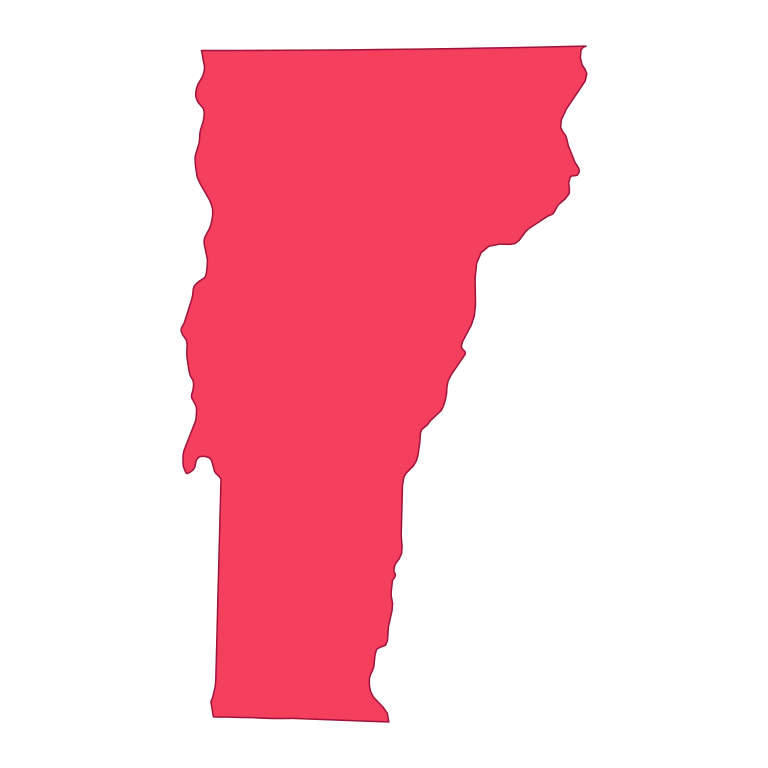 an SVG outline of Vermont
{"feature_id": "USA-3540", "entity_name": "Vermont", "entity_type": "State", "adm_level": 1, "iso_a3": "USA", "parent_name": "United States of America", "parent_adm1": "", "projection": "orthographic", "projection_center": [-72.807, 43.872], "detail": "fine", "context": "isolated", "style": "filled", "palette": "rose", "viewbox_px": 768, "rotation_deg": 0, "n_neighbors": 0, "source": "natural_earth", "source_scale": "10m", "svg_char_len": 3592}
<svg xmlns="http://www.w3.org/2000/svg" viewBox="0 0 768 768"><path d="M201.5,50.5L212.3,50.5L233.1,50.5L253.9,50.4L274.7,50.3L295.6,50.2L316.4,50.1L337.2,50.0L358.0,49.8L378.8,49.5L399.6,49.3L420.4,49.1L441.2,48.8L462.0,48.5L482.8,48.1L503.6,47.8L524.4,47.4L545.2,47.0L565.9,46.5L586.4,46.1L583.1,47.3L581.0,50.2L580.4,57.9L582.1,64.8L585.0,69.2L586.8,73.8L585.1,81.1L576.0,94.7L566.4,109.0L561.4,119.7L560.6,127.1L562.8,131.8L565.8,135.8L567.3,141.1L568.2,145.3L574.9,162.2L577.6,166.3L579.1,169.3L579.2,172.2L577.3,175.2L574.7,175.8L572.1,175.8L570.1,177.3L568.7,183.0L569.4,188.3L569.3,193.4L565.3,198.8L558.2,204.9L554.6,211.4L552.8,214.0L547.3,216.4L529.1,228.4L525.8,231.5L518.9,240.7L514.9,243.5L509.9,244.4L499.5,244.1L488.8,246.3L481.1,252.7L476.6,263.4L475.1,278.4L475.5,304.4L474.4,315.7L471.3,325.1L462.5,341.7L461.3,346.4L462.2,348.8L464.1,350.6L465.4,352.3L465.0,354.5L451.3,374.6L448.2,380.7L446.9,386.9L446.6,393.4L445.4,399.8L443.6,405.6L441.4,410.3L430.3,420.8L427.5,424.7L421.8,429.5L420.5,432.6L419.8,442.9L418.0,455.1L416.3,461.0L413.3,466.0L406.0,473.3L403.8,477.5L402.5,485.3L401.2,535.6L402.1,546.8L401.6,553.4L399.0,559.1L396.9,561.8L395.2,564.4L394.2,567.5L393.9,571.3L394.1,572.1L394.6,572.7L395.2,573.6L395.4,575.3L394.9,577.0L393.9,578.5L392.5,580.1L391.2,592.2L391.2,595.9L392.6,603.5L392.1,610.2L388.4,626.9L387.5,640.4L385.5,645.3L380.3,647.2L376.6,649.3L375.1,654.5L373.7,667.4L372.0,671.6L370.5,674.7L369.4,678.1L369.3,683.5L369.8,688.1L370.6,691.4L371.9,694.3L373.8,697.6L383.1,707.2L387.3,713.3L388.8,721.9L378.1,721.6L367.5,721.2L356.8,720.8L346.2,720.4L335.5,720.0L324.9,719.6L314.2,719.2L303.6,718.8L292.9,718.4L283.7,718.5L273.2,718.5L262.4,718.2L252.1,717.6L241.3,717.5L228.8,717.1L215.7,717.0L213.4,716.8L210.9,701.7L212.7,697.3L215.1,686.9L215.7,682.1L215.8,678.9L215.9,676.8L216.0,670.6L216.3,661.1L216.6,648.7L217.0,634.1L217.4,617.8L217.8,600.3L218.3,582.3L218.8,564.2L219.2,546.8L219.7,530.5L220.0,515.8L220.4,503.5L220.6,493.9L220.7,487.8L220.8,485.6L221.0,479.1L219.4,476.8L217.4,474.8L216.3,474.0L214.6,471.5L211.6,460.8L210.7,459.2L209.5,457.9L207.9,457.2L204.5,456.4L202.9,456.3L201.4,456.4L199.9,456.8L198.7,457.4L197.6,458.4L196.7,459.8L196.0,461.3L195.0,466.4L194.4,468.0L193.5,469.4L192.4,470.5L190.1,472.2L187.7,473.3L186.9,473.5L186.5,473.4L186.0,472.7L184.5,469.7L183.3,466.3L183.0,462.7L183.0,456.3L183.4,453.0L184.0,450.4L195.4,421.3L196.1,418.1L196.5,411.9L196.5,408.8L196.1,406.5L195.6,405.1L191.7,397.9L191.5,396.1L191.7,394.4L193.0,389.8L193.5,385.9L193.5,383.6L193.3,381.7L192.9,380.3L192.3,379.1L190.7,376.6L189.8,374.1L188.9,370.3L187.0,357.5L186.8,353.0L187.1,344.9L186.8,342.4L186.4,340.4L185.7,339.1L183.0,335.4L182.1,333.8L181.2,331.2L181.2,329.1L181.7,327.3L184.2,323.0L191.7,299.4L192.6,295.4L193.3,289.1L193.7,287.5L194.4,286.0L195.3,284.7L197.5,282.6L199.8,280.8L202.3,279.3L204.6,277.6L205.7,275.5L206.5,272.4L207.2,266.0L207.4,260.3L207.0,257.3L204.2,244.0L204.0,241.7L204.2,239.6L204.7,237.8L205.4,236.1L209.5,228.4L210.8,224.9L211.9,220.0L212.6,215.7L212.7,212.9L212.6,210.1L212.4,208.4L211.2,204.1L209.2,199.4L200.3,184.0L197.4,177.5L196.8,175.0L195.3,164.3L195.0,157.8L195.3,156.1L195.6,154.4L199.1,143.1L199.5,139.7L199.9,133.0L200.6,129.5L202.6,123.4L203.3,120.7L204.0,116.5L204.2,114.0L204.2,112.0L203.9,110.6L203.5,109.2L202.9,107.9L199.0,103.5L198.0,102.1L197.1,100.4L196.1,97.8L195.8,95.9L195.7,94.0L196.0,90.6L196.4,88.9L197.6,85.2L198.4,83.4L201.9,77.7L202.8,75.7L203.6,73.3L204.4,69.4L204.5,67.1L204.3,65.1L203.3,60.8L202.3,54.0L201.5,50.5Z" fill="#f43f5e" stroke="#9f1239" stroke-width="1.5"/></svg>